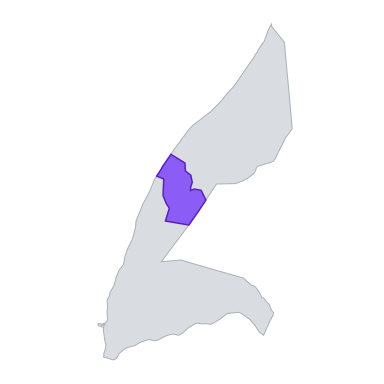 location of Galguduud within Somalia, rotated 175°
{"feature_id": "SOM-2408", "entity_name": "Galguduud", "entity_type": "Region", "adm_level": 1, "iso_a3": "SOM", "parent_name": "Somalia", "parent_adm1": "", "projection": "natural_earth1", "projection_center": [46.568, 5.004], "detail": "fine", "context": "in_parent", "style": "filled", "palette": "violet", "viewbox_px": 384, "rotation_deg": 175, "n_neighbors": 0, "source": "natural_earth", "source_scale": "10m", "svg_char_len": 2908}
<svg xmlns="http://www.w3.org/2000/svg" viewBox="0 0 384 384"><g transform="rotate(175 192 192)"><path d="M98.2,350.5L97.9,349.5L96.0,346.6L92.4,341.3L89.7,337.2L86.9,333.1L86.9,329.7L86.9,319.9L86.8,300.1L86.7,280.4L86.7,260.6L86.7,250.7L86.7,246.7L86.9,246.0L90.1,242.4L94.3,237.6L99.8,228.5L102.8,223.6L105.3,219.4L105.9,218.2L108.2,215.7L112.3,214.2L114.9,213.9L123.7,212.1L125.0,211.3L125.8,210.4L126.5,208.5L128.2,205.7L130.5,203.8L134.7,201.3L138.8,199.2L139.7,198.9L144.7,197.5L145.9,197.1L147.9,196.6L148.7,196.6L155.6,197.1L161.1,197.4L166.6,197.8L167.2,197.5L171.1,192.6L177.3,184.8L181.2,179.8L187.3,172.1L192.0,166.5L197.2,160.3L202.2,154.7L208.3,147.9L212.1,143.7L218.0,137.1L223.6,130.8L228.6,125.2L221.7,125.2L215.0,125.2L208.4,125.2L207.2,124.5L201.7,122.3L194.6,119.6L185.9,116.2L179.7,113.8L173.1,111.2L166.3,108.7L161.1,106.7L154.5,104.2L148.8,102.0L148.0,101.4L144.8,98.1L140.7,93.7L139.9,93.7L137.9,92.7L136.1,90.4L134.3,87.4L132.6,83.6L131.8,81.0L129.6,79.9L128.5,77.9L126.4,74.9L125.0,73.4L124.5,72.1L123.9,69.5L122.7,66.6L121.6,64.9L121.3,64.1L121.4,63.6L123.5,59.7L124.4,58.3L125.5,57.0L126.4,55.6L126.7,54.7L129.3,50.1L131.5,46.1L133.2,43.0L137.2,46.6L141.0,53.9L145.4,59.8L151.6,65.3L154.0,67.1L156.2,68.1L167.4,67.9L175.3,62.9L182.6,59.3L185.0,58.6L189.2,59.6L193.8,59.8L198.0,60.9L200.1,60.7L208.3,56.5L213.5,52.4L217.0,50.6L218.4,50.6L223.2,52.1L229.4,51.4L237.8,47.9L240.5,47.2L242.6,47.1L247.2,48.7L247.9,48.6L250.4,48.3L256.9,46.7L262.0,44.1L271.5,42.3L278.6,37.6L279.9,35.4L282.0,32.5L285.2,31.6L293.2,34.9L294.5,35.2L294.0,37.2L293.8,39.3L292.1,42.8L291.1,46.8L291.9,52.9L292.3,62.8L292.1,64.2L291.6,65.6L291.4,66.7L290.5,67.1L290.1,67.7L290.8,68.0L293.3,66.9L293.2,65.7L293.4,65.2L295.4,66.5L296.9,67.0L297.3,68.3L297.2,69.1L294.9,68.7L293.7,68.1L290.2,69.1L288.1,70.3L287.4,72.2L287.0,80.0L286.2,85.0L286.0,91.6L283.2,96.0L282.3,99.1L278.1,105.3L275.9,110.6L275.2,113.2L271.5,120.4L266.5,126.0L264.7,133.1L262.8,137.5L260.8,141.6L256.3,148.8L254.1,153.8L251.2,162.4L250.3,167.9L242.2,183.9L233.9,196.6L228.6,207.2L219.2,219.6L206.4,235.6L189.7,254.6L185.1,258.5L166.8,270.2L154.9,280.1L148.8,286.7L142.4,292.5L137.3,298.1L122.0,316.8L120.4,318.5L119.0,320.2L117.0,323.4L115.7,324.6L112.0,330.0L109.7,332.7L107.2,335.5L106.1,337.4L105.3,339.6L104.5,340.9L102.2,346.2L100.1,349.7L98.1,352.4L98.2,350.5Z" fill="#d9dde1" stroke="#a8b0b8" stroke-width="1"/><path d="M178.9,182.8L180.8,180.3L183.0,177.6L185.2,174.8L187.4,172.1L188.6,170.6L189.8,169.2L191.1,167.7L192.3,166.2L193.5,164.8L194.8,163.3L196.0,161.8L197.2,160.4L198.1,159.4L205.7,161.4L213.4,163.4L221.0,165.4L216.0,177.9L218.4,182.1L221.2,191.0L219.0,207.4L225.8,210.9L220.6,217.5L218.8,220.4L215.7,224.1L213.1,227.2L209.7,231.3L196.5,221.5L196.7,213.5L191.7,208.8L190.9,201.6L192.9,196.9L193.3,193.6L189.5,194.8L182.8,192.9L182.0,191.0L178.9,182.8Z" fill="#8b5cf6" stroke="#5b21b6" stroke-width="1.5"/></g></svg>